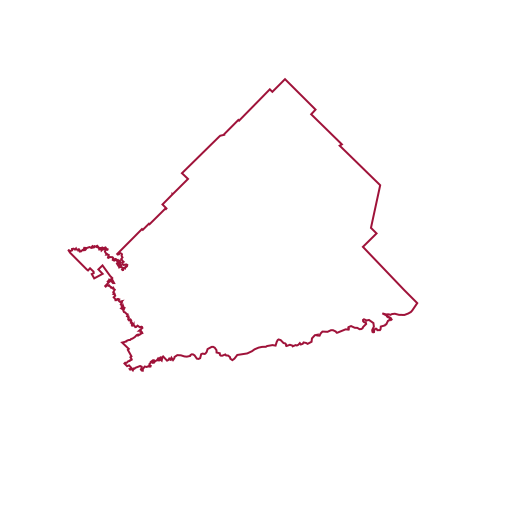 outline of Leales, Tucumán, Argentina, rotated 303°
{"feature_id": "61730980B91056584985438", "entity_name": "Leales", "entity_type": "district", "adm_level": 2, "iso_a3": "ARG", "parent_name": "Argentina", "parent_adm1": "Tucumán", "projection": "mercator", "projection_center": [-65.262, -27.202], "detail": "fine", "context": "isolated", "style": "outline", "palette": "rose", "viewbox_px": 512, "rotation_deg": 303, "n_neighbors": 0, "source": "geoboundaries", "source_scale": "gbopen_adm2", "svg_char_len": 6134}
<svg xmlns="http://www.w3.org/2000/svg" viewBox="0 0 512 512"><g transform="rotate(303 256 256)"><path d="M411.2,226.2L420.1,184.0L402.6,180.3L403.3,176.8L360.3,168.1L360.5,167.1L341.0,163.0L340.4,163.4L337.4,160.5L336.0,160.1L285.1,148.8L283.6,157.0L262.7,152.5L262.6,152.1L262.3,152.4L248.3,149.5L247.1,155.0L246.4,154.9L246.6,154.2L224.6,149.4L224.7,148.6L216.3,146.8L216.5,145.7L182.1,138.5L181.9,139.2L182.8,140.1L184.4,140.1L184.7,142.1L184.2,142.8L183.0,143.1L182.1,144.8L180.4,144.6L179.3,146.3L179.0,148.1L177.5,147.5L176.4,148.8L176.3,149.7L178.3,151.8L178.4,152.9L177.2,153.4L175.9,153.0L175.9,152.5L174.4,152.9L174.5,152.1L173.9,151.6L171.9,152.2L171.5,151.8L171.7,151.0L173.2,151.0L173.6,150.3L173.1,148.4L171.9,147.5L172.6,146.8L173.4,148.1L174.5,148.1L174.9,147.8L174.6,147.0L175.3,146.0L175.0,145.0L174.1,146.3L172.9,145.7L173.9,143.5L175.1,143.8L175.1,144.6L176.2,145.9L176.8,145.5L176.4,144.6L177.4,144.8L178.0,144.4L177.1,143.9L177.4,142.6L176.0,142.4L177.0,141.1L177.1,139.9L176.3,139.1L175.6,140.1L174.9,139.6L174.7,138.0L176.6,137.2L176.8,136.3L175.5,134.0L174.0,133.2L174.0,132.7L176.6,132.0L176.5,131.0L175.6,129.7L176.6,129.6L176.6,128.5L177.4,126.9L178.7,126.6L179.9,127.1L180.3,128.0L180.8,127.9L180.6,126.8L181.2,125.1L180.5,124.6L179.5,125.2L178.6,124.5L179.5,123.5L179.4,122.6L178.7,122.7L177.5,123.6L176.5,123.4L178.3,121.6L178.0,121.2L176.8,121.6L176.1,121.0L177.4,119.6L178.1,117.3L177.6,117.0L176.8,117.6L176.3,115.3L175.1,115.5L173.9,114.3L175.3,114.1L175.3,113.5L173.1,113.2L172.8,111.5L170.5,109.7L169.1,109.6L169.9,108.6L169.3,107.5L168.6,107.7L168.4,108.9L167.7,109.0L167.0,108.5L166.7,107.3L164.5,106.7L163.8,105.8L164.6,105.1L163.8,104.0L164.3,103.6L164.9,104.3L165.2,103.7L164.1,102.9L163.6,101.6L164.2,100.9L162.8,100.6L162.8,99.0L161.7,97.9L160.6,98.7L159.0,97.6L158.9,95.1L157.5,98.3L152.5,121.5L152.4,123.0L155.3,123.5L154.4,128.3L153.3,129.2L151.4,128.1L149.1,132.5L157.5,137.1L158.9,131.1L164.5,132.4L159.8,144.6L159.2,147.5L158.3,147.5L156.0,151.7L155.4,150.8L156.2,148.2L157.3,147.1L157.0,146.6L156.1,146.7L156.0,146.1L154.8,147.2L154.4,147.0L154.5,145.7L153.8,145.6L153.7,146.9L148.7,145.9L148.5,146.6L150.9,147.4L150.7,148.5L151.4,148.8L150.5,151.8L151.1,152.0L150.8,153.7L151.5,153.8L151.0,154.5L150.8,155.9L147.9,156.0L147.6,157.4L146.5,157.2L146.8,158.5L146.0,159.6L143.9,159.1L143.2,161.5L142.4,162.2L142.8,162.8L144.3,163.1L144.9,163.8L145.1,164.8L143.9,164.7L143.4,166.6L143.7,168.0L144.2,168.0L144.4,167.5L145.0,168.1L144.4,168.0L144.3,168.7L141.7,169.0L141.5,170.4L140.2,171.1L140.8,171.5L142.1,171.3L141.2,172.5L140.4,172.2L140.6,173.2L139.8,173.3L139.9,172.8L139.5,172.9L139.4,172.3L138.7,171.8L138.7,172.9L140.1,174.1L137.9,174.5L137.1,175.8L137.4,177.0L136.9,179.2L137.2,180.1L136.8,180.5L135.3,180.7L135.8,182.0L134.7,182.4L134.8,183.0L133.2,183.4L132.9,184.6L133.4,184.8L133.5,185.4L134.4,185.3L134.4,185.6L133.8,186.6L133.1,186.5L132.7,187.3L131.8,187.4L131.8,188.3L132.3,188.6L131.9,189.1L130.5,189.4L130.1,190.1L130.7,190.8L131.9,190.7L131.1,191.3L131.3,192.0L130.6,193.5L131.1,194.1L133.1,194.6L133.0,197.3L134.3,198.4L134.4,199.1L133.8,199.9L129.6,198.7L130.5,200.3L129.6,201.5L129.9,202.0L129.4,202.6L128.5,201.4L128.2,201.9L126.4,201.2L125.7,200.4L125.0,200.4L124.8,200.0L125.5,199.6L124.7,199.0L122.0,198.5L119.3,197.3L118.5,196.5L117.1,196.2L116.0,194.8L114.2,193.6L113.7,193.8L110.5,190.9L108.8,199.9L107.5,199.6L104.0,206.2L102.7,205.8L101.6,208.1L101.2,208.2L99.7,207.0L99.1,207.2L98.2,206.2L96.0,205.7L95.2,204.4L94.2,204.2L93.4,207.9L95.1,209.1L94.4,211.8L94.0,213.2L93.1,212.3L92.4,211.7L91.9,213.2L92.4,212.3L93.0,212.3L93.4,213.4L93.0,215.0L95.0,214.7L95.3,215.5L96.5,215.7L100.6,218.7L100.9,220.4L99.1,221.3L98.2,221.2L97.7,222.5L98.1,223.5L98.8,223.2L99.5,222.0L100.3,222.7L102.7,222.9L103.4,224.8L105.1,225.8L105.0,226.6L105.8,227.7L106.5,227.5L106.3,226.6L107.2,225.5L108.3,225.8L109.8,225.4L112.5,226.4L113.0,227.2L112.6,227.9L111.9,227.0L111.0,227.3L110.5,226.7L110.1,227.4L110.9,228.5L112.3,228.6L114.9,229.7L116.9,229.7L116.7,230.8L115.4,231.2L115.8,231.8L117.1,232.1L116.9,233.7L117.9,233.2L117.8,231.9L118.5,231.0L119.1,231.2L119.3,232.1L118.7,233.2L120.3,232.6L121.2,232.8L119.8,238.4L121.0,239.1L122.9,239.1L123.2,239.8L122.3,240.7L122.4,241.1L124.6,240.6L123.5,243.1L125.6,243.2L127.0,242.7L130.0,244.0L131.8,247.1L132.8,250.7L133.9,252.8L136.3,255.2L137.3,255.0L138.6,255.7L139.2,256.9L139.2,258.6L137.7,262.3L138.4,263.9L139.9,264.8L143.8,263.5L145.0,264.3L145.9,266.3L146.6,266.7L148.5,266.9L151.6,266.1L155.6,268.3L156.5,269.6L156.6,271.4L155.5,274.1L153.6,275.5L154.7,278.6L153.5,279.5L153.2,280.5L153.9,281.9L156.7,283.9L156.3,285.1L157.3,286.8L157.0,289.3L155.9,290.4L155.8,292.9L158.1,293.8L162.8,294.2L169.5,301.7L174.0,304.5L176.9,305.6L180.6,308.1L183.2,310.7L185.2,313.7L186.5,314.3L190.3,318.4L191.5,321.2L195.5,320.1L197.4,320.0L198.3,320.4L198.9,322.5L198.0,326.5L198.6,328.2L198.2,329.4L197.1,330.1L197.1,330.6L200.0,332.8L200.7,335.5L200.3,336.0L202.9,337.8L203.2,339.0L204.7,339.9L206.8,340.2L206.2,341.8L207.8,343.0L209.4,343.0L210.4,345.5L210.4,347.1L214.3,349.3L217.4,347.8L221.6,348.5L223.6,350.6L222.8,350.9L223.8,352.7L226.3,352.4L228.8,352.9L231.4,357.3L234.6,359.3L235.7,361.0L236.1,363.9L235.6,365.5L236.0,366.0L243.3,371.1L244.7,373.8L245.5,373.6L246.0,372.5L246.7,372.3L249.0,373.9L249.6,377.9L250.9,380.1L251.0,382.7L252.1,384.1L253.4,384.7L254.9,384.5L259.0,385.4L260.0,384.3L259.7,384.3L259.4,382.3L259.7,381.3L260.7,380.6L261.7,381.0L262.2,383.9L263.9,385.6L263.7,391.0L261.0,393.3L257.1,393.8L255.8,395.0L255.8,395.8L256.4,396.4L258.3,395.5L260.1,395.8L260.6,396.6L259.9,398.2L261.3,400.3L262.5,400.3L264.8,399.1L268.0,401.9L269.0,401.9L269.6,402.5L273.4,402.0L274.3,402.6L275.6,402.6L276.0,403.4L275.8,404.0L276.6,404.3L277.4,402.6L277.2,400.6L276.7,400.7L276.5,400.2L276.6,398.8L277.3,398.6L276.7,393.2L277.8,396.8L279.4,399.1L279.9,400.8L281.4,401.7L283.2,403.9L284.5,407.9L287.4,412.6L290.7,415.0L293.4,416.4L295.4,416.7L304.3,416.9L308.2,398.6L321.9,340.7L340.6,344.8L342.2,337.1L383.0,321.6L394.1,266.1L396.4,267.2L404.9,225.1L411.2,226.2Z" fill="none" stroke="#9f1239" stroke-width="2"/></g></svg>